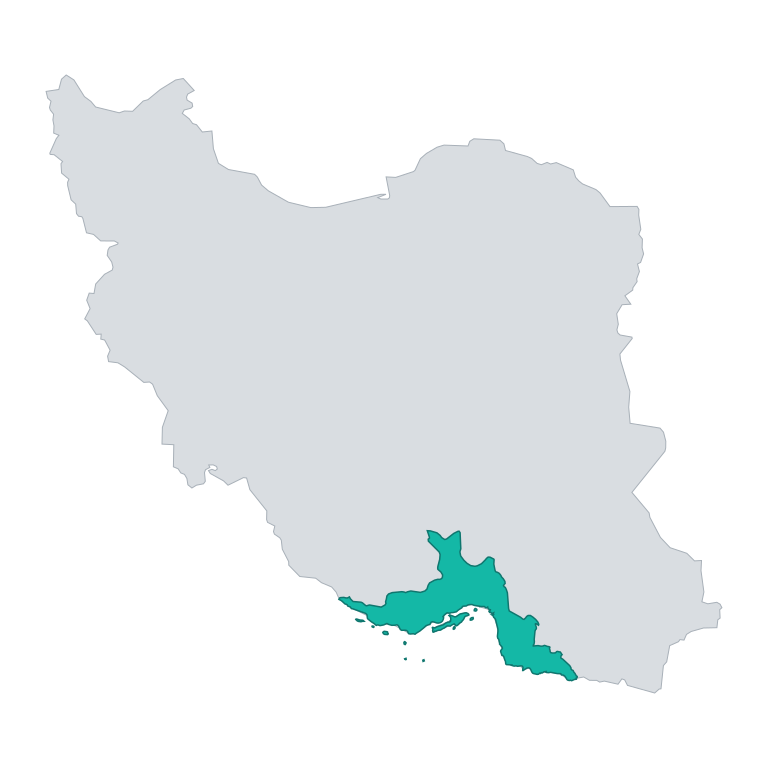 where Hormozgan sits in Iran
{"feature_id": "IRN-3228", "entity_name": "Hormozgan", "entity_type": "Province", "adm_level": 1, "iso_a3": "IRN", "parent_name": "Iran", "parent_adm1": "", "projection": "robinson", "projection_center": [56.023, 27.172], "detail": "fine", "context": "in_parent", "style": "filled", "palette": "teal", "viewbox_px": 768, "rotation_deg": 0, "n_neighbors": 0, "source": "natural_earth", "source_scale": "10m", "svg_char_len": 9748}
<svg xmlns="http://www.w3.org/2000/svg" viewBox="0 0 768 768"><path d="M386.1,176.9L395.7,177.4L413.4,171.6L415.0,170.3L420.4,158.7L426.5,153.4L437.1,147.2L444.0,145.1L468.0,146.0L469.8,141.3L473.8,138.8L499.9,140.2L503.9,143.8L505.5,150.5L527.3,156.5L531.7,158.5L537.1,163.4L541.4,164.7L547.1,162.4L550.6,164.0L556.3,162.6L573.3,169.9L575.6,177.3L578.7,180.8L582.5,183.9L596.0,189.6L600.0,192.9L610.0,206.6L637.1,206.4L638.9,209.4L638.7,215.2L640.8,229.3L638.8,234.4L642.4,239.0L642.1,247.8L643.6,253.9L640.6,262.4L637.5,264.0L639.4,271.5L636.7,278.8L637.1,281.6L632.9,287.7L632.7,290.1L624.9,295.8L630.8,304.2L622.1,304.7L616.7,313.7L618.3,324.3L616.9,329.8L617.8,332.9L620.1,335.0L631.9,337.1L632.2,338.5L619.9,354.0L620.5,360.1L629.9,391.5L628.7,407.2L630.1,423.3L660.0,428.1L663.5,432.2L665.8,441.2L665.7,447.9L664.9,451.3L631.9,492.4L649.1,512.9L649.9,517.4L660.4,537.4L670.1,547.7L686.8,553.3L694.5,560.9L701.5,560.5L701.0,570.7L703.9,592.0L701.9,601.8L707.8,603.8L716.8,602.3L720.1,604.2L721.9,607.7L719.7,609.7L720.1,618.1L717.8,619.8L716.9,627.7L703.5,628.0L691.1,631.5L686.5,634.4L684.0,640.1L679.9,639.6L678.5,641.7L669.7,645.6L666.7,661.8L663.4,665.6L661.0,688.8L659.1,689.1L654.7,693.0L627.5,685.4L624.7,679.9L621.9,678.9L618.0,684.2L604.3,681.1L599.7,682.1L596.8,680.4L589.5,680.3L583.7,677.0L568.9,679.7L559.8,673.9L550.2,672.4L538.3,672.4L528.6,668.2L523.6,669.8L521.2,666.8L506.8,664.0L502.1,653.6L502.0,648.5L498.4,639.5L497.2,626.5L494.0,617.0L487.9,609.2L471.4,604.5L462.8,606.9L456.4,611.4L445.9,613.9L437.8,622.7L433.1,622.0L413.7,633.8L409.6,633.7L395.3,625.8L388.9,624.3L375.7,624.5L368.6,619.2L366.7,615.4L349.8,607.0L339.3,599.3L336.2,592.2L331.7,587.0L321.5,582.7L315.7,578.2L299.8,576.5L288.8,565.2L288.7,561.6L282.3,549.2L281.3,540.2L279.8,537.8L274.4,534.1L273.5,531.6L274.8,526.0L267.6,522.4L266.6,519.6L266.8,510.9L249.9,489.7L246.6,478.0L243.5,477.6L228.0,485.2L223.6,480.9L210.3,473.5L208.5,470.6L211.9,469.3L215.3,470.6L217.3,469.0L216.6,466.5L213.2,464.9L208.7,465.0L209.9,467.4L205.5,469.7L204.5,472.6L205.3,481.3L203.5,483.8L196.4,485.2L191.9,488.0L187.9,484.8L186.9,478.5L184.5,474.4L180.8,472.9L178.1,468.8L173.4,466.8L173.8,444.7L162.0,444.1L162.4,427.3L168.2,410.7L157.3,395.7L152.6,384.2L149.6,382.0L143.8,382.4L124.6,366.9L117.9,362.8L108.6,361.6L107.6,356.2L110.1,350.2L105.9,342.3L104.6,340.0L100.8,339.1L101.2,334.1L96.2,334.4L87.3,320.8L84.7,318.9L90.1,308.6L86.7,300.2L89.2,293.1L94.0,293.5L95.7,284.0L104.5,274.3L112.2,270.1L113.0,267.2L111.7,262.0L107.2,255.4L108.0,249.9L109.6,247.2L117.6,244.2L118.1,243.0L114.4,241.0L100.7,240.9L93.5,234.4L86.5,232.8L82.9,218.5L81.8,216.7L78.5,216.2L76.5,213.6L75.7,204.1L71.1,199.8L67.7,185.7L67.6,182.3L68.9,179.2L61.6,173.1L61.0,163.7L62.6,161.5L54.1,154.7L50.2,154.4L49.8,153.2L56.3,138.6L58.9,135.3L53.7,133.1L54.0,125.9L52.9,119.9L53.6,114.2L50.3,110.0L49.5,107.5L51.0,101.2L47.7,98.1L46.1,91.4L58.8,89.5L61.5,79.2L66.2,75.0L73.9,79.9L84.4,96.6L90.9,101.4L95.6,107.0L119.2,112.8L124.4,111.0L132.6,111.3L143.2,101.0L147.9,99.7L160.3,89.5L175.6,80.0L183.3,78.5L194.2,90.5L187.7,94.1L186.5,97.1L187.1,100.1L192.1,103.1L192.7,106.5L190.9,108.2L184.2,110.0L182.3,113.4L189.3,118.9L192.6,123.5L196.5,124.7L202.3,132.0L211.9,131.0L213.4,148.7L218.4,163.3L228.4,169.5L254.6,174.3L257.4,177.1L261.6,185.1L268.3,190.8L288.4,202.2L310.8,207.6L325.7,207.3L380.8,194.3L386.0,194.3L377.7,197.6L380.8,199.0L387.8,199.0L389.5,197.7L389.7,195.5L386.1,176.9ZM465.3,616.3L462.0,621.4L456.9,625.6L453.0,624.3L437.7,630.6L433.7,630.2L433.1,628.2L450.0,620.9L450.8,619.0L449.8,615.2L455.2,616.8L461.2,613.7L466.3,612.8L468.6,615.0L465.3,616.3Z" fill="#d9dde1" stroke="#a8b0b8" stroke-width="1"/><path d="M576.3,679.2L574.3,679.5L572.2,680.5L571.4,680.7L570.6,680.2L569.6,680.5L568.1,680.3L567.0,679.6L565.3,676.8L564.4,675.7L563.0,675.0L561.7,675.0L561.4,674.9L560.8,673.7L560.4,673.6L557.3,673.6L550.7,672.3L548.5,672.7L546.5,672.5L545.9,672.2L546.1,671.5L543.9,671.8L542.6,672.8L542.0,673.0L541.5,672.7L540.4,673.5L540.1,673.4L539.9,673.1L538.5,674.2L537.1,674.4L535.9,674.1L533.6,673.6L532.6,673.1L531.8,672.0L530.7,669.5L529.6,668.1L528.2,667.8L526.7,668.2L525.3,669.0L523.2,670.5L522.7,670.5L522.8,668.7L523.1,667.8L522.6,666.5L522.1,666.0L520.4,665.8L517.6,666.3L516.0,665.8L514.5,666.1L513.6,666.0L511.1,665.2L511.4,664.9L506.5,664.6L506.0,664.3L505.7,663.6L505.5,661.5L504.6,659.4L503.9,656.9L502.7,655.4L501.9,655.4L500.7,651.7L500.6,651.2L500.9,650.3L502.0,649.0L502.4,648.1L501.9,646.8L499.5,644.0L499.7,642.9L499.4,642.6L498.9,639.8L498.5,639.0L497.8,638.3L497.6,637.6L497.4,636.3L498.0,631.0L497.9,629.1L495.5,619.3L495.0,618.5L493.8,617.4L493.4,616.7L493.4,616.0L491.9,614.9L492.5,614.9L493.6,614.3L493.3,614.0L493.3,613.6L493.6,612.8L492.2,613.4L491.8,613.3L490.7,612.3L490.0,612.6L489.8,612.5L489.7,611.7L489.2,611.8L489.0,611.6L489.0,611.3L490.4,610.0L490.4,609.7L489.4,609.5L488.5,608.9L487.9,608.0L487.7,607.1L487.3,607.5L486.8,607.7L485.8,607.7L485.3,607.5L484.7,606.7L484.4,606.5L480.6,606.5L479.8,606.2L479.6,606.5L478.7,606.0L474.3,605.4L472.4,604.6L471.3,604.5L469.0,604.6L467.9,604.9L466.3,605.9L463.0,606.2L462.1,607.0L461.9,607.7L458.1,610.2L456.4,611.8L452.9,612.6L451.3,612.6L450.0,613.1L448.7,613.1L447.2,612.8L446.5,613.2L444.4,614.9L442.5,617.2L443.5,616.6L443.6,617.7L443.4,618.9L442.5,621.0L441.3,622.1L439.9,622.8L438.4,623.1L436.8,623.0L433.9,622.0L432.2,621.7L430.9,622.4L429.9,624.5L428.3,624.8L426.2,625.6L423.8,627.8L419.9,631.0L416.0,633.4L415.3,634.1L414.9,634.2L413.4,633.7L410.3,634.0L408.7,633.7L408.1,632.8L407.7,631.5L406.6,630.5L405.0,630.2L401.7,630.3L400.4,629.6L398.5,625.9L397.5,625.0L396.7,624.8L395.3,625.2L391.8,625.3L388.3,624.3L387.6,623.7L386.9,623.5L386.2,623.7L383.8,624.9L380.7,625.5L379.9,625.6L378.3,625.0L377.4,624.9L376.5,625.4L376.1,625.3L374.2,623.6L371.5,621.9L368.0,619.1L367.5,618.5L367.3,617.6L367.2,615.6L367.0,614.8L366.4,614.0L365.2,613.2L353.0,608.9L351.4,608.6L350.1,606.8L348.0,606.2L347.6,605.8L347.3,604.9L346.6,604.4L344.9,603.9L342.1,601.2L340.8,600.3L338.9,599.4L339.7,597.9L340.6,597.6L343.9,597.4L345.7,597.9L347.4,598.0L349.4,596.9L350.4,598.8L353.0,601.5L361.0,602.2L362.4,602.8L365.4,605.3L366.0,605.7L366.6,605.8L369.3,605.0L370.2,605.1L381.2,607.1L385.0,605.0L386.0,603.4L385.6,602.1L385.6,601.7L386.3,599.3L386.9,596.0L388.5,594.0L392.2,592.6L401.8,591.7L404.0,592.0L405.7,592.6L407.5,591.8L410.8,591.0L420.4,592.4L424.9,591.0L427.0,589.0L428.2,585.2L429.6,582.9L434.5,580.2L437.8,579.3L439.9,579.4L441.0,578.9L441.8,578.3L442.4,577.3L442.6,574.9L440.9,572.0L437.9,569.4L437.7,568.0L437.9,566.3L439.7,559.4L440.1,554.6L439.2,552.0L428.4,541.2L428.2,539.2L429.4,538.3L429.4,537.1L427.3,530.7L430.4,530.9L436.9,532.8L440.1,535.4L441.6,537.5L443.2,538.6L444.8,539.5L446.6,539.0L453.8,533.4L458.0,531.3L459.1,531.2L460.1,532.7L460.8,548.8L459.9,551.9L460.7,556.0L463.9,560.3L467.0,563.3L470.7,565.6L475.0,566.3L477.3,565.8L481.5,563.7L485.4,559.8L486.5,558.4L488.1,557.1L490.1,557.2L493.8,559.1L494.1,559.8L493.8,564.1L495.1,570.6L495.6,571.5L496.4,572.1L497.5,572.3L499.3,573.4L500.8,575.3L501.6,577.0L503.3,578.8L504.9,581.4L505.1,583.5L504.2,584.4L503.5,585.7L504.3,586.9L505.3,587.4L506.3,589.5L507.4,592.8L508.6,608.6L509.3,611.0L520.5,617.2L522.9,619.1L524.0,619.4L525.7,617.8L526.6,616.5L528.1,615.5L530.4,615.5L532.9,617.1L535.6,619.4L537.8,622.0L538.8,624.3L538.5,625.2L536.2,623.7L535.5,623.7L535.4,624.5L536.3,627.2L536.4,628.3L536.2,629.0L535.5,629.8L535.0,631.1L534.2,639.4L534.4,641.8L534.0,644.2L533.3,645.1L533.3,646.0L538.1,645.6L541.1,646.2L543.1,646.0L544.3,645.4L545.6,645.7L547.0,646.3L549.2,646.7L549.9,647.2L549.5,648.4L549.6,649.2L550.0,650.1L550.1,651.5L550.7,652.6L552.2,653.0L554.0,653.0L555.6,652.8L556.6,651.6L557.7,651.4L559.1,651.9L560.1,651.9L560.6,652.4L562.1,654.7L561.6,655.0L561.0,656.0L560.8,657.4L561.0,658.1L562.8,659.2L569.7,665.6L570.9,667.6L571.1,669.1L571.9,670.0L573.0,670.4L573.5,671.2L573.8,672.1L574.9,673.3L576.2,675.7L576.5,676.1L577.2,676.4L577.1,677.7L576.1,678.2L576.3,679.2ZM466.2,612.8L467.8,613.4L468.6,614.1L468.9,614.9L467.7,615.6L465.5,616.2L464.7,616.9L463.5,619.5L462.0,621.1L461.5,622.0L460.1,622.8L457.7,625.1L456.6,625.8L455.8,625.4L454.1,623.8L451.7,625.1L450.3,626.1L447.9,625.9L447.2,626.0L446.4,626.4L444.5,627.9L442.5,628.8L440.6,630.1L438.4,630.3L436.8,630.8L435.8,631.4L434.7,631.2L434.4,631.8L434.0,632.0L433.2,632.2L432.9,632.0L432.6,630.5L432.9,629.3L432.3,627.7L432.7,627.3L434.4,627.9L434.8,627.7L435.1,627.8L437.1,626.7L443.2,624.8L445.6,623.1L447.9,622.1L449.4,622.1L450.4,621.5L450.1,621.0L450.7,620.3L450.8,619.5L450.6,617.6L450.4,616.9L448.9,615.5L449.8,614.9L454.9,616.9L456.2,616.6L460.0,614.0L464.8,612.9L466.2,612.8ZM387.6,634.6L384.7,634.4L383.5,633.8L382.8,632.5L383.2,631.9L383.7,631.5L384.4,631.3L387.0,631.7L387.5,631.9L387.6,632.9L388.1,633.3L388.2,633.8L388.0,634.3L387.6,634.6ZM361.7,621.4L361.1,621.8L358.3,621.4L357.1,620.8L355.7,619.4L355.8,619.2L356.7,619.0L359.8,620.0L362.5,620.2L363.3,620.5L364.1,621.3L361.7,621.4ZM470.2,620.0L470.3,618.8L470.9,618.1L471.8,617.6L473.1,617.5L473.3,618.8L472.2,619.8L470.8,620.2L470.2,620.0ZM475.6,608.5L476.7,609.2L476.9,609.8L476.7,610.4L476.4,610.8L475.4,611.1L474.2,610.7L474.3,609.6L475.0,608.6L475.6,608.5ZM404.9,641.7L405.7,642.4L406.1,642.9L405.3,644.5L405.1,644.6L404.1,644.0L403.9,642.6L404.3,641.8L404.6,641.6L404.9,641.7ZM454.7,626.5L455.0,626.9L455.1,627.9L454.6,628.8L453.8,629.3L453.2,629.0L453.3,628.0L453.8,627.0L454.7,626.5ZM373.3,626.1L373.8,626.3L374.0,626.9L373.6,627.4L372.3,627.0L372.0,626.5L372.2,626.0L373.3,626.1ZM423.9,659.7L424.3,660.9L423.5,661.3L423.2,660.9L423.0,661.1L422.8,660.2L423.9,659.7ZM406.0,658.3L406.2,659.4L405.8,659.7L404.8,659.3L404.6,658.8L406.0,658.3Z" fill="#14b8a6" stroke="#0f766e" stroke-width="1.5"/></svg>